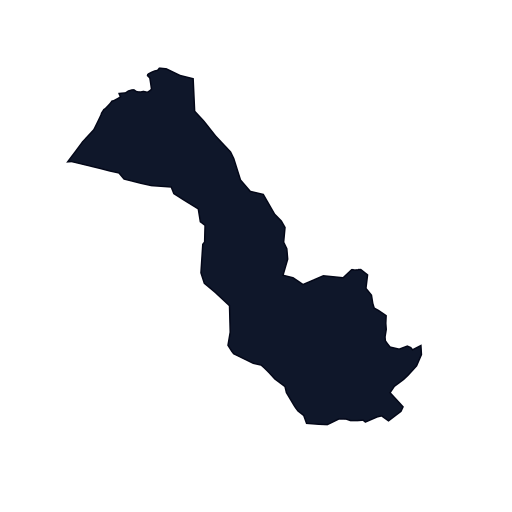 the district of U'yench, Hovd, Mongolia, rotated 129°
{"feature_id": "93677404B15711352976566", "entity_name": "U'yench", "entity_type": "district", "adm_level": 2, "iso_a3": "MNG", "parent_name": "Mongolia", "parent_adm1": "Hovd", "projection": "albers", "projection_center": [91.693, 45.879], "detail": "fine", "context": "isolated", "style": "filled", "palette": "ink", "viewbox_px": 512, "rotation_deg": 129, "n_neighbors": 0, "source": "geoboundaries", "source_scale": "gbopen_adm2", "svg_char_len": 2460}
<svg xmlns="http://www.w3.org/2000/svg" viewBox="0 0 512 512"><g transform="rotate(129 256 256)"><path d="M354.2,111.4L347.3,101.4L342.2,94.5L338.2,92.6L331.3,89.4L330.6,89.1L326.0,83.4L324.4,78.9L320.1,73.6L316.2,69.5L316.2,66.5L304.7,60.5L301.2,57.8L300.7,49.3L285.4,45.6L280.7,46.8L277.9,65.8L270.3,66.5L258.9,63.6L252.7,62.8L240.3,62.1L228.5,65.4L221.8,71.5L230.4,75.3L229.8,78.1L230.8,81.7L238.3,86.1L242.4,94.5L241.4,99.0L240.5,102.1L237.7,104.8L231.1,108.6L226.6,112.8L220.5,117.3L221.2,126.0L222.1,131.4L219.4,135.4L213.8,141.6L212.0,150.2L200.5,157.4L200.6,166.1L200.9,166.4L201.3,166.8L201.6,167.3L202.0,167.8L202.7,168.1L203.3,168.6L203.6,169.2L203.9,169.6L204.4,169.7L204.7,170.1L205.0,170.8L205.5,171.5L205.6,172.0L206.4,173.0L218.1,174.6L229.0,191.2L248.6,201.5L249.6,213.5L254.0,222.9L238.5,229.4L231.0,236.6L227.9,243.2L215.6,251.4L212.9,258.3L211.8,267.9L203.6,289.1L209.4,301.1L206.7,315.9L194.3,334.6L191.2,341.2L188.2,363.0L184.1,381.2L182.1,394.8L157.8,416.4L163.5,428.6L167.0,443.5L170.2,448.4L170.9,449.3L171.8,449.3L172.9,449.3L173.7,449.3L174.9,450.3L175.1,450.4L175.6,450.9L175.9,451.1L178.6,452.6L179.0,452.8L182.0,454.1L183.1,454.3L184.1,453.8L184.1,453.2L184.2,452.9L184.2,452.5L184.4,450.8L184.5,450.5L186.0,448.8L187.0,447.7L188.0,446.6L191.9,442.4L192.8,442.2L193.1,442.3L193.3,442.3L194.0,442.4L196.3,443.1L196.9,443.3L197.6,444.3L197.8,444.6L198.1,445.4L198.8,446.7L198.8,446.8L198.9,447.0L199.4,447.4L199.6,447.6L201.0,448.7L201.4,449.2L202.1,450.1L202.6,450.8L202.8,451.2L203.5,452.5L203.6,453.5L203.7,455.4L205.0,456.9L207.8,458.8L208.0,459.0L211.3,460.0L211.5,460.2L212.3,461.0L215.9,464.7L216.0,464.6L216.9,462.7L217.5,461.5L219.9,462.2L224.9,464.3L225.3,464.6L226.2,465.4L228.2,465.3L229.9,465.3L236.0,465.8L237.9,466.3L238.0,466.4L238.6,466.3L242.2,465.9L243.8,465.2L251.4,463.4L258.0,461.9L260.0,461.5L267.3,462.0L270.9,462.2L271.4,462.3L273.0,462.3L276.3,462.6L279.7,462.4L280.4,462.4L284.9,462.2L289.6,462.0L293.4,461.9L301.3,461.6L298.6,458.7L286.0,432.2L281.9,423.1L277.7,414.8L279.2,407.0L271.9,391.2L267.1,381.6L255.7,365.3L259.2,359.1L257.8,346.7L255.7,330.5L264.4,320.8L264.2,314.9L277.5,304.7L280.4,304.7L303.7,288.2L309.7,279.0L309.9,265.3L311.3,245.3L331.4,228.1L343.0,221.6L345.3,214.8L346.0,211.8L341.1,190.6L337.5,183.3L337.7,179.2L338.4,172.3L339.7,163.9L339.2,151.3L343.0,146.4L348.0,132.8L349.0,129.8L350.0,125.8L349.9,118.5L354.2,111.4Z" fill="#0f172a" stroke="#020617" stroke-width="1.5"/></g></svg>